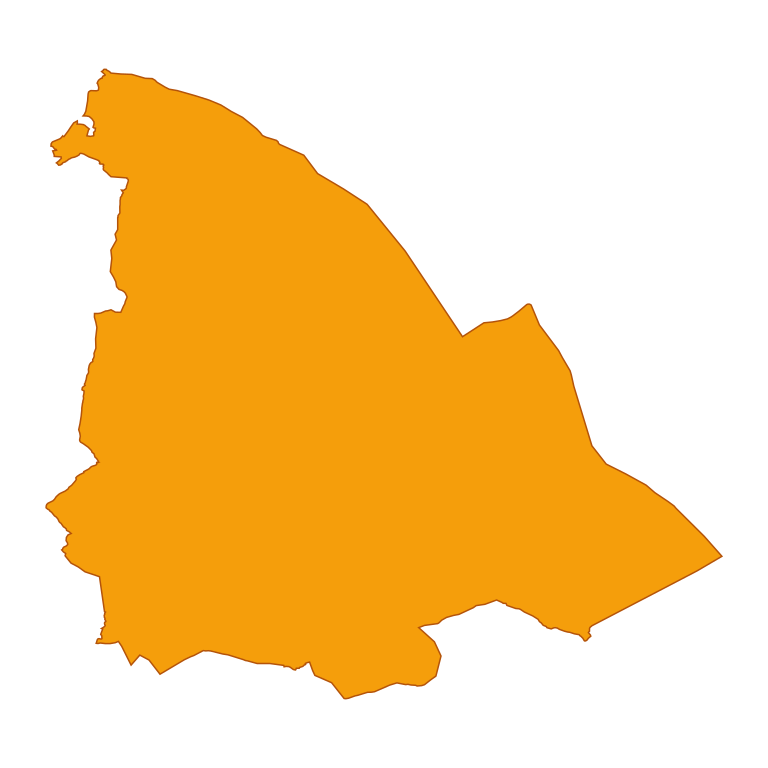 Rælingen nor, Akershus, Norway
{"feature_id": "86288312B33593652809253", "entity_name": "Rælingen nor", "entity_type": "district", "adm_level": 2, "iso_a3": "NOR", "parent_name": "Norway", "parent_adm1": "Akershus", "projection": "equal_earth", "projection_center": [11.038, 59.891], "detail": "fine", "context": "isolated", "style": "filled", "palette": "amber", "viewbox_px": 768, "rotation_deg": 0, "n_neighbors": 0, "source": "geoboundaries", "source_scale": "gbopen_adm2", "svg_char_len": 5876}
<svg xmlns="http://www.w3.org/2000/svg" viewBox="0 0 768 768"><path d="M303.8,155.2L279.6,144.4L278.5,143.3L278.1,141.9L276.5,140.4L266.0,137.2L262.4,135.5L260.1,132.5L256.7,128.9L242.6,117.4L231.2,111.4L220.9,105.0L209.1,100.1L195.2,95.7L177.3,90.6L169.2,89.2L165.2,87.2L157.9,82.8L156.6,81.9L155.3,80.4L152.3,78.6L145.2,78.3L131.8,74.4L120.9,74.0L111.0,73.1L109.5,71.6L106.6,70.0L106.3,69.4L104.1,69.3L103.4,69.8L103.3,70.4L101.6,71.5L105.0,74.6L105.1,75.2L104.0,75.8L103.2,75.9L102.1,77.5L102.1,78.2L100.7,78.5L98.5,80.3L97.3,82.6L97.2,83.4L97.6,83.5L98.7,87.4L98.5,89.8L98.1,90.3L96.4,90.8L90.9,90.6L90.1,90.9L88.6,92.0L88.1,94.0L87.6,101.0L85.8,111.3L84.4,114.3L83.1,115.9L86.5,116.0L89.2,116.5L91.8,118.7L93.9,121.7L94.0,124.1L93.0,127.3L93.8,127.9L95.5,128.2L95.0,131.2L93.6,132.3L93.8,135.2L93.6,135.8L90.4,136.4L86.9,135.8L88.5,130.0L89.3,129.0L85.9,126.3L85.1,125.5L83.4,124.6L80.3,124.2L77.1,124.1L77.4,122.6L77.3,120.9L73.7,122.9L70.8,127.0L68.1,131.1L64.0,136.6L63.0,136.4L62.7,135.9L60.8,138.1L59.7,138.9L52.7,141.8L52.0,142.4L51.0,144.1L51.2,144.6L50.9,146.1L52.7,146.6L54.6,149.0L56.3,149.5L56.6,150.2L52.7,150.9L54.2,154.9L54.2,156.4L61.1,156.9L61.3,158.4L58.9,160.9L56.4,162.9L57.2,163.4L58.7,165.2L60.7,164.9L61.3,164.1L61.8,164.2L62.9,162.7L65.7,161.7L66.0,161.1L66.9,160.8L68.7,159.3L70.3,158.6L71.5,157.8L74.7,157.1L77.1,156.1L79.2,154.8L79.8,153.6L80.6,153.3L82.4,153.6L83.9,154.1L88.9,156.9L96.4,159.6L98.9,160.7L98.9,161.1L99.9,162.3L99.5,163.1L99.5,163.6L100.0,164.0L102.5,164.1L103.5,164.4L103.8,165.1L103.4,165.4L103.2,166.0L103.3,166.9L103.6,167.2L103.2,169.0L103.6,170.0L107.4,173.1L108.5,174.4L111.0,176.7L126.6,177.9L126.5,178.1L128.1,179.4L128.3,180.1L128.1,181.7L126.4,186.7L126.3,188.2L125.7,188.9L123.7,190.3L121.5,190.1L123.3,192.8L122.0,194.6L121.8,195.8L120.6,197.3L120.3,198.0L120.5,198.6L120.1,200.3L120.1,204.4L119.8,206.8L119.9,212.7L119.6,213.6L119.1,214.0L118.2,215.4L117.9,216.1L118.1,217.1L117.7,217.6L117.7,229.6L115.1,234.2L116.5,240.0L110.9,250.1L111.8,258.5L110.3,271.6L113.6,277.2L115.8,281.8L116.6,286.7L119.0,289.4L122.0,290.4L124.0,291.7L125.3,293.1L127.0,296.6L127.0,297.4L125.3,301.5L124.8,303.8L123.5,306.1L120.8,312.3L115.5,312.2L111.0,309.8L107.6,310.8L105.6,311.0L100.7,313.1L97.9,313.5L94.5,313.5L94.4,317.1L95.9,322.5L96.9,327.6L95.6,338.8L95.9,348.2L94.0,353.4L94.2,356.2L93.4,358.5L92.7,359.4L92.8,361.5L90.8,362.8L89.8,364.1L89.2,365.5L88.4,369.4L88.6,371.9L88.4,373.1L86.9,375.4L86.1,379.8L85.5,381.4L85.3,382.6L84.4,384.1L85.1,385.4L83.2,386.7L82.3,387.7L82.0,389.4L82.0,389.8L84.1,391.0L83.9,393.6L83.3,396.3L83.5,397.7L83.5,399.0L82.9,401.0L82.8,402.4L82.5,403.1L81.8,408.1L81.8,410.1L81.2,416.0L80.0,423.7L78.7,429.7L79.8,433.1L80.3,436.2L79.6,440.0L80.0,441.3L80.6,442.1L83.3,443.7L88.2,447.2L91.5,450.6L92.0,452.2L94.0,453.8L95.0,457.1L96.7,458.6L97.2,459.5L98.3,461.0L98.0,461.6L98.7,462.1L97.7,462.3L97.9,462.6L97.7,462.7L96.8,462.4L96.6,462.7L96.7,464.3L95.7,465.2L92.1,466.3L90.6,467.2L89.6,468.3L88.6,469.1L83.8,471.6L84.0,472.3L83.8,472.7L79.8,474.6L77.1,476.4L75.9,477.7L75.9,478.2L76.4,479.2L75.3,481.0L71.6,485.3L68.9,487.3L68.2,488.8L65.3,491.0L60.2,493.4L58.8,494.3L56.2,496.7L54.5,499.3L52.8,500.9L48.0,503.2L46.7,504.5L46.2,506.0L46.1,507.8L47.6,509.1L49.4,510.1L49.7,510.9L51.6,512.3L54.5,515.9L56.2,517.0L57.9,519.0L59.1,521.6L60.2,522.8L61.0,523.3L63.5,526.9L64.4,527.3L66.2,528.8L66.6,530.4L69.4,531.9L71.2,533.5L68.0,534.9L66.4,537.4L66.1,540.7L67.5,542.9L67.7,544.5L66.4,545.9L63.8,547.1L62.8,548.3L62.6,549.3L61.7,549.9L63.4,551.9L65.7,553.5L65.1,555.8L71.0,563.1L78.2,566.9L85.0,571.8L99.5,576.7L104.5,611.6L105.5,612.1L104.7,613.3L104.7,614.5L104.2,615.2L104.4,617.4L105.0,618.2L104.8,619.3L105.9,621.2L105.7,621.7L104.8,622.2L104.6,622.6L104.5,623.5L104.7,624.5L105.2,625.3L105.1,625.8L103.8,627.1L101.5,628.5L102.7,629.0L100.7,634.4L101.8,635.8L101.9,638.7L101.1,639.1L99.0,638.6L98.2,638.8L97.6,639.2L97.2,640.0L96.2,643.3L98.0,643.5L100.2,643.0L105.4,643.6L110.0,643.6L115.3,642.7L118.4,641.4L121.7,646.3L131.1,665.1L139.8,655.1L149.0,660.0L160.0,674.2L184.4,659.7L190.7,656.7L193.9,655.5L203.2,650.6L205.8,650.9L208.4,650.7L210.8,651.0L222.8,654.0L227.9,654.8L243.3,659.6L245.4,660.5L247.3,660.8L257.1,663.5L269.8,663.5L283.8,665.4L284.1,666.8L286.1,666.4L288.9,666.6L290.3,667.3L293.3,669.5L295.4,670.0L295.7,669.8L296.3,668.3L299.3,668.2L299.7,667.4L302.8,666.4L304.4,664.9L305.2,664.7L305.7,664.1L305.3,663.6L305.4,663.4L307.0,662.7L309.6,662.1L312.7,670.7L314.9,675.4L331.6,682.7L344.1,698.5L345.8,698.7L348.6,698.2L355.0,695.9L357.8,695.3L367.5,692.3L371.5,692.2L374.6,691.7L389.7,685.1L396.9,682.9L405.7,684.6L407.9,684.3L410.9,685.0L415.8,685.3L416.3,685.7L417.2,686.0L421.7,685.6L424.5,684.7L430.6,679.9L435.9,676.1L441.0,656.0L434.4,641.8L418.7,627.6L424.5,625.4L437.7,623.6L439.0,622.8L441.8,620.1L446.6,617.4L453.6,615.4L458.9,614.4L473.3,607.7L476.2,605.6L484.9,604.3L496.6,600.0L501.9,602.4L503.2,603.3L506.0,603.4L506.9,605.4L515.8,608.5L519.2,608.8L520.8,609.6L524.3,612.0L532.7,615.9L538.1,619.3L539.3,621.4L540.4,622.4L541.1,622.7L543.2,625.3L546.2,626.5L547.0,627.7L551.2,628.9L553.9,627.8L555.5,627.7L557.4,628.1L559.3,629.3L564.5,631.2L567.5,632.0L569.8,632.3L574.3,633.8L579.2,634.7L579.9,635.7L580.7,636.1L582.9,638.3L584.2,640.6L584.5,640.9L585.7,640.9L587.0,640.1L588.4,638.2L590.8,636.2L590.4,635.0L588.4,632.6L589.1,631.5L589.5,631.2L589.5,628.6L589.9,627.5L592.0,625.7L697.2,570.8L721.9,556.3L704.2,536.3L676.0,508.3L674.1,506.0L668.0,501.5L654.9,492.7L646.2,485.2L625.9,474.0L606.2,464.1L591.9,445.8L573.8,386.2L571.3,374.9L570.1,370.8L562.4,357.7L558.6,350.6L539.4,325.0L531.1,305.0L529.7,304.2L528.9,304.1L527.6,304.2L526.7,304.6L518.9,311.2L512.9,315.8L511.1,317.0L507.5,318.9L500.7,320.6L492.3,322.0L483.9,322.8L462.5,336.7L405.1,251.0L367.1,204.3L343.6,189.0L317.6,173.6L303.8,155.2Z" fill="#f59e0b" stroke="#b45309" stroke-width="1.5"/></svg>